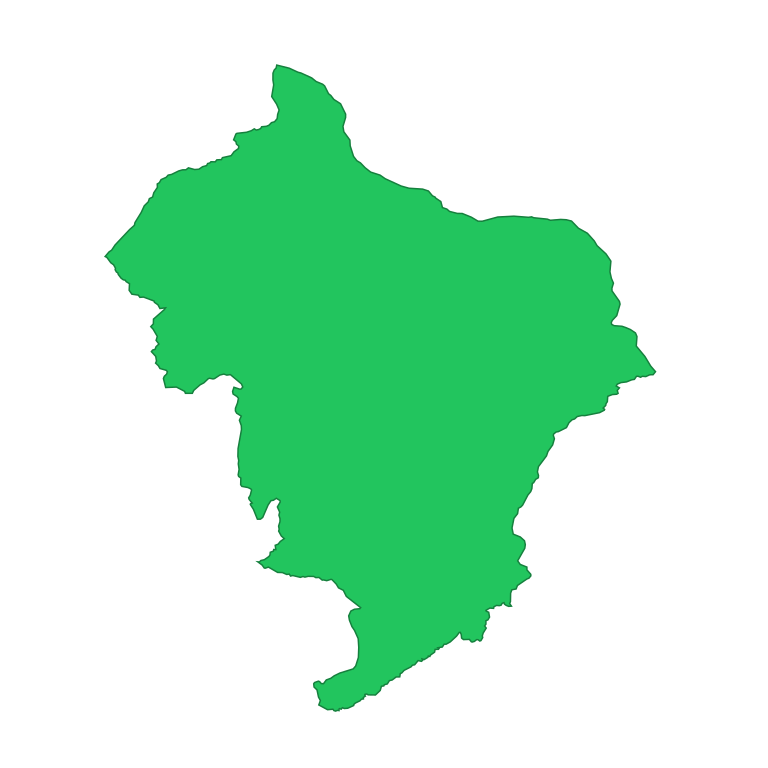 the district of San Carlos, Antioquia, Colombia, rotated 267°
{"feature_id": "7082276B57278693475313", "entity_name": "San Carlos", "entity_type": "district", "adm_level": 2, "iso_a3": "COL", "parent_name": "Colombia", "parent_adm1": "Antioquia", "projection": "natural_earth1", "projection_center": [-74.94, 6.191], "detail": "fine", "context": "isolated", "style": "filled", "palette": "green", "viewbox_px": 768, "rotation_deg": 267, "n_neighbors": 0, "source": "geoboundaries", "source_scale": "gbopen_adm2", "svg_char_len": 6118}
<svg xmlns="http://www.w3.org/2000/svg" viewBox="0 0 768 768"><g transform="rotate(267 384 384)"><path d="M66.9,302.1L61.7,310.6L61.9,316.0L60.5,316.9L59.9,318.5L60.5,320.5L60.2,322.0L61.8,322.1L62.2,322.8L61.5,324.2L62.9,325.5L62.0,327.4L62.1,330.8L64.5,336.9L65.6,337.1L66.9,338.7L68.9,343.5L70.4,344.9L70.6,347.0L72.0,346.9L73.3,349.1L74.3,348.4L75.1,348.8L75.3,350.5L74.4,351.9L73.9,359.2L78.2,364.2L82.3,365.6L82.5,368.0L83.7,368.6L84.3,371.6L87.5,373.9L88.0,376.7L90.8,380.8L90.7,384.4L94.0,385.1L94.5,386.6L97.0,389.1L100.2,396.3L101.7,397.6L102.0,399.9L106.0,403.6L105.1,406.9L106.0,408.1L107.5,407.6L106.7,409.7L108.8,413.6L110.0,414.0L109.5,415.5L110.9,416.3L113.6,420.5L116.3,421.1L116.2,424.5L116.9,425.1L117.8,424.1L118.3,428.5L121.0,430.4L120.9,432.4L123.0,436.7L128.4,443.2L132.0,446.2L132.0,447.2L129.8,448.0L126.2,448.2L124.6,450.0L124.5,455.9L122.0,457.7L121.7,458.6L122.2,460.8L123.9,463.2L123.7,464.6L122.3,466.2L122.7,467.4L125.6,469.3L127.3,469.0L130.1,470.0L134.9,473.3L137.1,471.8L138.8,473.2L142.3,473.4L143.0,475.4L145.7,477.2L150.6,476.6L151.7,474.3L152.6,473.9L154.7,477.9L154.2,481.7L155.8,482.1L157.0,484.8L156.6,487.6L157.0,489.4L158.8,490.5L159.4,492.4L157.8,492.8L156.5,494.5L155.4,496.9L155.5,499.6L158.2,498.0L160.1,498.9L168.5,499.5L171.8,500.9L172.4,505.2L175.8,506.7L181.8,516.5L182.5,518.6L184.7,520.6L186.3,520.6L190.9,517.0L193.7,517.1L196.7,510.6L200.4,508.2L212.6,516.0L216.2,516.7L220.1,516.1L224.1,512.1L227.3,505.2L233.5,504.3L243.0,506.7L247.5,510.6L252.9,511.7L254.1,514.3L255.8,516.1L265.6,521.9L268.9,524.9L271.8,526.2L277.0,526.9L277.5,528.2L280.8,530.4L282.3,533.2L284.6,533.5L288.2,532.6L293.4,533.9L303.7,542.5L308.0,544.2L314.3,549.2L320.4,551.3L323.8,550.4L325.2,550.8L327.1,553.5L327.3,555.6L330.9,563.9L335.7,566.7L338.4,569.9L339.1,572.5L341.4,575.3L342.2,579.9L341.9,582.9L344.1,597.8L346.3,602.6L347.1,603.0L348.5,601.6L351.0,604.3L352.8,604.7L354.6,606.1L360.0,606.8L361.5,611.5L361.6,615.8L362.4,617.3L365.4,616.6L367.8,618.9L369.8,615.8L371.6,616.9L373.0,620.7L373.4,626.3L375.2,631.6L375.5,634.3L378.4,636.5L378.5,638.0L377.3,640.6L378.2,642.4L377.7,645.8L379.3,649.9L379.2,653.2L382.1,655.8L387.9,651.3L397.8,646.0L408.7,637.9L418.1,639.1L421.8,637.8L425.5,632.9L427.7,628.4L429.2,624.7L430.2,616.9L431.6,614.5L433.5,614.2L435.6,615.3L440.1,620.0L451.4,623.9L454.2,623.4L465.0,616.6L467.7,616.6L472.7,618.4L477.6,616.6L484.2,615.5L494.8,617.0L502.3,612.5L511.0,604.0L515.8,601.5L523.9,595.0L529.4,586.3L536.9,579.8L538.5,574.6L539.1,569.1L538.8,558.7L540.1,555.7L542.2,542.2L543.2,540.2L542.9,537.1L544.8,522.5L544.8,506.3L541.4,490.6L541.7,486.4L546.0,480.0L550.2,471.0L550.5,466.2L552.9,458.5L555.4,455.9L557.1,451.6L563.2,450.3L566.9,445.4L568.0,444.8L569.4,442.2L574.4,438.5L576.6,432.8L578.2,419.2L580.8,411.5L588.9,396.0L592.8,391.0L596.3,381.8L600.9,376.5L606.0,372.1L608.4,368.6L612.9,365.5L623.6,362.7L629.4,362.7L638.0,357.1L643.4,356.5L652.1,359.6L655.5,359.8L666.1,355.3L670.8,348.8L674.9,346.0L676.8,343.8L684.8,340.3L686.6,338.4L689.6,332.1L693.4,327.9L698.9,317.4L699.9,314.3L704.3,306.0L708.1,293.6L705.2,292.8L703.3,290.8L700.2,289.4L693.4,289.0L688.5,289.5L676.9,286.9L669.1,291.4L663.1,293.6L658.8,291.9L654.6,291.2L651.6,288.4L650.9,285.3L648.4,282.6L647.5,280.0L647.3,275.3L645.6,274.2L644.7,272.2L644.3,269.7L645.6,267.8L643.9,264.8L642.6,260.0L642.0,250.2L641.4,249.2L635.7,246.6L633.8,248.8L631.3,249.2L629.2,251.4L626.8,251.0L623.8,246.4L620.0,243.3L618.5,234.5L616.6,233.4L616.6,228.8L614.7,227.1L615.0,222.8L613.8,221.5L613.4,219.4L611.4,218.3L610.5,214.2L608.2,210.4L608.1,206.1L610.1,200.0L608.3,197.4L608.4,193.9L607.5,190.1L604.4,182.8L603.9,179.4L601.8,177.3L599.8,172.1L596.8,170.2L595.6,168.0L592.2,168.0L587.0,164.1L582.8,162.7L581.4,159.4L578.2,158.1L574.6,154.0L568.0,150.5L558.3,143.8L555.5,143.0L551.6,138.1L537.0,122.8L531.9,119.0L530.3,116.3L525.9,112.2L524.9,113.9L519.4,117.5L517.2,120.2L513.7,121.9L512.2,121.5L509.9,122.6L508.9,124.0L507.2,124.4L503.4,127.0L501.7,129.1L501.2,131.0L499.7,131.9L497.5,135.1L490.9,134.4L486.9,136.9L485.6,143.3L483.3,144.8L483.4,148.4L478.9,158.7L477.6,159.0L474.9,162.4L471.1,164.2L471.5,169.8L469.8,168.5L460.9,157.2L456.1,156.8L453.5,154.1L450.8,156.3L443.4,160.1L439.5,158.7L435.7,161.3L433.2,158.3L430.6,157.2L430.0,154.7L428.5,153.4L423.5,157.5L418.8,158.0L416.8,157.0L414.1,159.6L411.2,161.1L409.1,167.2L407.7,168.3L405.3,167.5L403.2,165.0L401.0,164.0L391.9,165.8L391.8,176.6L387.1,184.5L385.1,185.2L384.7,192.1L387.6,193.7L392.8,200.3L394.6,204.2L398.5,208.8L398.9,209.9L398.0,213.5L398.3,215.1L401.5,220.5L402.3,224.6L401.1,227.5L401.4,231.1L391.6,241.6L388.4,242.8L386.6,241.2L386.3,239.9L388.6,234.0L384.5,232.4L381.9,232.8L379.2,236.5L377.4,237.9L372.7,236.7L367.6,234.4L364.9,234.2L362.6,235.3L359.4,239.8L355.4,237.7L350.0,239.3L346.0,239.3L327.2,234.9L319.3,234.3L315.2,234.9L311.9,234.3L306.3,234.8L300.9,233.6L299.3,234.0L297.6,236.1L290.9,235.6L289.2,236.7L287.7,242.8L286.2,245.5L285.1,246.2L279.9,244.6L277.4,242.9L275.8,243.3L272.0,246.1L271.4,244.4L270.7,244.2L265.8,247.0L255.6,250.5L255.5,253.6L257.1,255.9L269.2,261.9L273.4,265.0L273.7,267.5L275.5,270.5L273.1,274.0L271.6,274.2L266.8,271.1L261.5,273.1L258.5,272.2L254.9,273.1L251.9,272.9L247.6,271.3L244.5,271.7L242.6,271.1L237.6,273.5L234.8,276.3L232.2,272.2L229.6,269.9L228.6,266.9L224.3,267.3L224.5,265.2L222.9,264.8L221.9,261.6L219.3,261.2L217.8,260.1L214.8,255.3L214.2,251.9L212.8,250.2L213.0,248.7L209.6,252.8L206.5,254.8L206.3,255.9L207.2,259.0L201.4,267.9L201.0,272.7L198.9,276.9L199.1,279.5L197.1,280.6L197.5,282.9L195.3,290.4L196.0,293.0L195.3,294.9L195.9,298.2L195.5,303.8L194.2,305.8L194.2,309.0L191.4,312.0L191.5,313.4L190.6,316.5L191.7,320.9L191.3,321.9L186.6,325.9L182.8,327.9L180.1,332.6L173.8,335.3L161.9,349.0L160.9,348.1L160.6,342.6L159.0,339.0L154.3,336.6L150.0,337.1L143.4,339.3L139.4,341.7L131.1,344.9L122.3,345.0L112.2,344.1L103.9,341.0L101.1,338.3L97.7,324.9L95.2,319.0L92.9,315.5L91.5,310.9L87.9,307.9L88.1,305.7L90.2,304.1L90.7,302.9L89.5,299.0L88.3,298.1L85.0,298.3L82.0,301.1L74.8,302.2L71.2,303.9L66.9,302.1Z" fill="#22c55e" stroke="#15803d" stroke-width="1.5"/></g></svg>